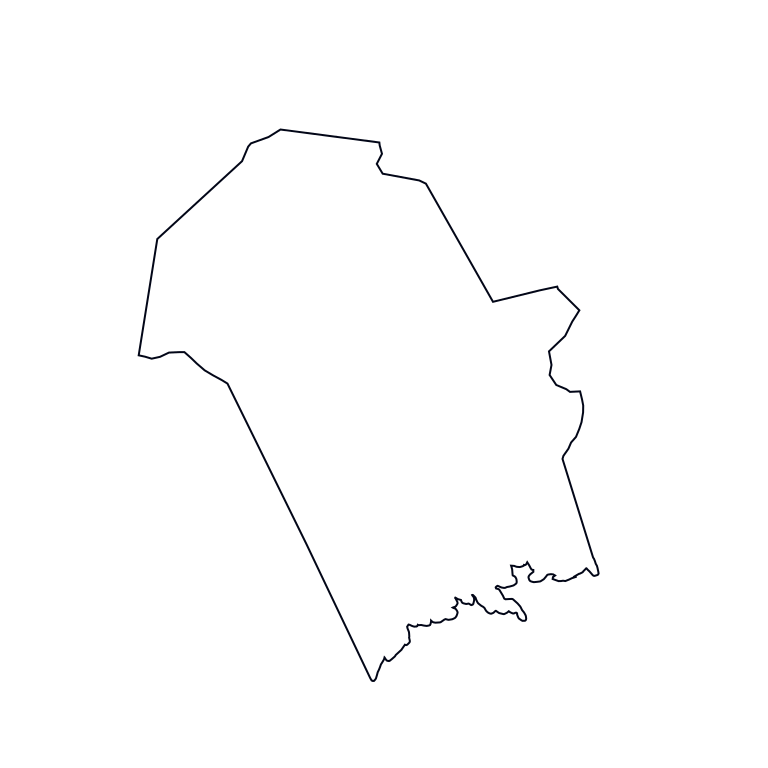 Añisoc, Wele-Nzás, Equatorial Guinea (Natural Earth projection), rotated 334°
{"feature_id": "11065452B27397509806446", "entity_name": "Añisoc", "entity_type": "district", "adm_level": 2, "iso_a3": "GNQ", "parent_name": "Equatorial Guinea", "parent_adm1": "Wele-Nzás", "projection": "natural_earth1", "projection_center": [10.841, 1.768], "detail": "fine", "context": "isolated", "style": "outline", "palette": "ink", "viewbox_px": 768, "rotation_deg": 334, "n_neighbors": 0, "source": "geoboundaries", "source_scale": "gbopen_adm2", "svg_char_len": 5806}
<svg xmlns="http://www.w3.org/2000/svg" viewBox="0 0 768 768"><g transform="rotate(334 384 384)"><path d="M242.7,641.9L242.8,644.1L242.9,644.5L242.9,644.9L243.1,645.1L243.1,645.3L243.4,645.6L243.6,645.9L243.8,646.0L244.3,646.2L244.6,646.4L244.8,646.3L245.0,646.4L245.3,646.3L245.6,646.2L247.1,645.5L247.4,645.3L247.8,645.0L250.2,642.4L252.0,640.3L254.2,638.6L256.4,636.6L258.3,634.7L260.6,633.3L263.3,631.5L263.4,631.3L263.7,631.1L264.6,630.0L264.7,630.3L264.6,630.7L265.0,632.8L265.1,633.2L265.2,633.6L265.3,633.7L265.4,633.9L265.7,634.2L266.0,634.5L266.7,635.0L266.9,635.0L267.1,635.2L267.4,635.2L267.8,635.3L268.0,635.2L270.0,634.8L274.1,633.7L274.3,633.6L274.6,633.5L275.8,632.7L283.3,630.5L283.5,630.3L288.5,627.5L288.7,627.8L289.5,628.4L290.6,628.5L293.3,627.6L294.2,627.0L294.7,625.9L295.4,622.9L295.6,622.7L295.9,622.3L296.1,621.9L297.1,619.5L297.7,617.9L297.7,617.5L297.8,617.1L298.0,614.1L298.4,612.3L300.2,611.2L300.6,611.0L301.5,611.7L303.0,613.6L304.3,614.9L304.6,615.1L304.9,615.4L306.5,616.0L306.9,616.2L307.2,616.1L307.6,616.2L307.8,616.1L308.0,616.0L308.2,615.8L308.6,615.6L308.7,615.4L308.8,615.3L309.0,615.6L309.2,615.8L309.5,615.9L309.8,616.1L311.8,616.9L313.8,618.5L316.2,620.1L316.5,620.2L316.8,620.3L318.6,620.8L319.7,620.8L320.6,620.1L322.0,618.4L322.2,618.0L322.4,617.7L322.6,617.3L323.3,619.1L324.0,619.9L325.5,621.0L325.9,621.2L329.8,622.8L330.7,622.9L335.0,622.2L336.3,622.3L338.0,623.8L338.3,624.0L338.7,624.3L342.0,625.3L342.3,625.3L342.5,625.4L345.0,625.4L345.4,625.3L345.8,625.2L347.0,624.6L347.3,624.3L347.6,624.2L349.4,622.4L350.0,621.5L350.1,621.4L350.2,620.2L350.0,618.3L349.9,618.0L349.8,617.7L349.7,617.4L349.6,617.1L349.4,616.9L349.2,616.7L348.2,615.7L347.8,615.1L348.2,615.1L350.4,615.4L350.8,615.3L351.3,615.2L353.4,613.9L354.1,613.2L354.4,612.0L354.3,608.0L354.0,606.8L353.9,606.6L354.7,607.6L356.0,609.6L356.3,609.9L356.5,610.1L358.1,611.5L358.5,611.9L358.4,612.2L358.4,612.5L358.3,613.8L358.5,615.0L359.2,615.9L361.1,617.5L361.4,617.7L361.8,617.9L363.7,618.4L364.2,618.9L364.9,620.1L365.1,620.3L365.2,620.6L365.5,620.7L365.7,621.0L366.0,621.0L366.5,621.1L366.8,621.2L367.0,621.1L367.5,620.9L367.8,620.8L368.0,620.6L370.1,618.1L370.2,617.8L370.5,617.4L371.0,616.0L371.0,615.8L371.1,615.6L371.1,615.2L371.1,614.8L371.1,614.6L371.1,614.4L370.7,612.8L370.7,612.3L370.9,612.3L371.4,612.6L371.8,613.6L372.6,616.1L372.3,618.7L372.3,621.2L372.5,622.4L374.1,625.8L374.3,626.0L374.4,626.3L375.3,627.5L376.1,629.2L376.3,632.5L376.5,633.0L376.6,633.5L377.3,635.1L377.6,635.4L377.8,635.8L378.9,637.0L379.3,637.2L379.7,637.4L379.8,637.4L379.9,637.5L381.4,637.6L381.8,637.6L382.1,637.6L384.8,636.8L385.2,637.0L386.9,640.1L387.2,640.4L387.5,640.7L390.5,643.2L390.9,643.3L391.3,643.5L393.7,643.5L393.9,643.5L394.0,643.5L395.7,643.2L395.9,643.1L396.1,643.1L396.5,642.9L396.6,643.0L397.1,644.1L397.3,644.3L397.5,644.7L399.0,646.5L399.3,646.6L399.5,646.9L400.0,647.1L400.5,647.2L401.8,647.2L402.6,647.5L403.1,648.4L402.6,649.5L402.6,649.8L402.5,650.2L402.3,652.8L402.4,653.3L402.4,653.8L404.1,656.9L404.4,657.2L404.7,657.6L406.4,658.4L407.3,658.6L407.5,658.5L408.3,658.1L409.0,657.1L409.8,654.7L409.8,654.2L409.9,653.7L409.7,650.7L409.6,650.4L409.6,650.2L409.0,647.7L409.0,644.4L408.9,644.0L408.9,643.6L407.9,639.9L407.8,639.6L406.5,636.4L405.7,634.4L405.5,634.1L405.4,633.8L405.2,633.6L405.0,633.4L404.7,633.3L404.5,633.1L398.8,630.7L398.0,629.6L398.1,626.4L397.5,619.9L397.4,619.5L397.3,619.1L397.2,618.9L397.1,618.7L396.9,618.5L396.6,618.2L395.1,616.9L395.2,615.8L395.4,615.6L396.6,615.2L397.6,615.2L398.3,615.9L400.0,618.0L400.3,618.2L400.5,618.5L402.5,619.9L403.5,620.3L405.6,620.4L408.0,621.1L411.9,621.8L412.2,621.8L412.5,621.8L414.9,621.4L415.8,621.0L415.9,620.9L416.5,620.1L417.3,618.0L417.5,617.0L417.5,615.7L417.5,615.3L417.3,614.9L417.2,614.5L417.1,614.4L417.1,614.2L415.8,612.5L415.9,612.0L416.7,609.9L417.9,606.9L417.9,606.7L418.0,606.4L418.4,604.4L418.6,603.0L421.2,604.5L422.9,606.3L423.2,606.5L423.5,606.7L425.7,608.0L426.1,608.1L426.4,608.2L429.0,608.6L429.4,608.5L429.8,608.5L429.9,608.4L430.1,608.4L430.5,608.0L430.9,608.4L431.1,608.4L431.2,608.5L431.6,608.5L432.0,608.6L432.6,608.4L433.0,608.2L434.6,607.0L435.0,610.4L435.1,614.1L435.3,615.4L436.1,616.2L436.7,616.6L436.3,617.4L435.9,618.3L435.0,618.5L432.2,619.1L431.8,619.2L430.0,620.1L429.3,620.8L429.2,620.9L428.9,622.0L428.7,623.8L428.9,624.9L429.0,625.0L429.6,625.9L431.5,627.6L431.8,627.7L432.1,627.9L434.8,628.9L437.8,629.9L438.2,629.9L438.6,629.9L442.0,629.5L442.3,629.4L442.5,629.3L444.8,628.3L447.0,627.2L447.9,627.2L450.7,628.1L452.6,629.3L453.8,631.1L451.2,631.6L450.1,633.2L454.5,637.7L456.7,638.7L458.7,639.3L460.6,640.6L464.7,640.9L467.7,640.9L472.7,641.6L469.4,640.6L475.8,640.1L476.2,640.1L476.6,640.3L479.4,640.3L480.4,640.1L481.1,639.7L485.0,638.3L485.2,638.5L485.6,640.0L485.7,640.4L486.5,642.4L487.8,647.3L488.0,647.7L488.3,648.2L488.4,648.3L488.8,648.5L489.2,648.8L489.3,648.8L491.8,649.2L492.2,649.2L492.6,649.2L492.9,649.1L493.2,648.8L493.6,648.6L493.8,648.4L493.9,647.9L494.1,647.5L495.3,642.8L495.7,640.5L495.6,640.1L495.6,639.7L495.5,638.4L495.9,635.9L496.1,633.1L495.9,632.0L495.9,631.4L511.6,529.6L513.8,527.2L521.4,523.0L526.5,518.6L533.4,515.7L539.8,510.0L544.8,504.9L550.5,496.8L553.6,490.7L555.2,484.8L557.0,476.6L547.7,472.6L545.6,468.6L538.4,460.4L536.8,448.5L542.9,440.3L546.6,427.0L567.9,420.2L580.6,410.4L586.7,406.7L591.9,403.4L582.0,374.8L582.4,372.4L565.0,368.1L518.0,357.9L509.5,222.3L504.9,216.5L475.0,194.4L474.0,183.0L483.1,176.2L484.7,167.7L485.7,164.9L402.5,109.9L388.5,111.4L369.9,109.4L366.0,111.1L354.1,121.5L243.8,154.3L176.1,250.7L181.2,254.7L186.3,259.4L194.6,261.4L204.5,261.5L213.7,265.5L218.6,267.9L222.0,276.1L224.6,283.3L228.8,293.1L234.1,301.2L239.8,309.2L243.5,315.0L244.1,494.7L242.7,641.9Z" fill="none" stroke="#020617" stroke-width="2"/></g></svg>